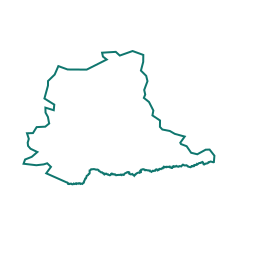 outline of Jeti-Oguz, Ysyk-Köl, Kyrgyzstan, rotated 21°
{"feature_id": "92254566B8733465494202", "entity_name": "Jeti-Oguz", "entity_type": "district", "adm_level": 2, "iso_a3": "KGZ", "parent_name": "Kyrgyzstan", "parent_adm1": "Ysyk-Köl", "projection": "natural_earth1", "projection_center": [78.776, 41.857], "detail": "fine", "context": "isolated", "style": "outline", "palette": "teal", "viewbox_px": 256, "rotation_deg": 21, "n_neighbors": 0, "source": "geoboundaries", "source_scale": "gbopen_adm2", "svg_char_len": 5734}
<svg xmlns="http://www.w3.org/2000/svg" viewBox="0 0 256 256"><g transform="rotate(21 128 128)"><path d="M91.0,200.8L91.1,200.7L91.6,200.9L91.9,201.4L92.2,201.5L92.3,201.7L93.0,201.5L93.1,201.1L93.7,201.1L94.4,200.5L94.9,200.5L95.0,200.4L95.3,200.6L95.6,200.6L95.9,200.5L96.1,200.5L96.6,200.4L96.9,199.8L97.1,199.7L97.2,199.4L97.9,199.6L98.3,199.3L98.4,199.1L98.7,199.0L98.9,198.9L99.1,198.9L99.1,198.4L99.5,198.1L100.2,198.3L100.3,198.4L100.7,197.9L101.2,197.8L101.4,197.5L101.8,197.6L101.9,197.4L102.0,197.3L102.2,197.5L102.4,197.4L102.6,196.9L103.3,196.8L103.8,197.2L104.5,196.6L105.2,196.6L105.4,196.6L105.8,195.7L106.0,195.4L105.9,195.1L106.0,194.8L106.3,194.7L106.3,194.2L106.1,194.0L106.2,192.9L106.1,192.7L106.3,191.9L106.2,191.2L106.2,190.5L106.3,190.3L106.8,190.1L106.8,189.9L106.7,189.7L106.8,189.3L106.7,189.0L106.7,187.8L106.6,187.4L107.5,186.4L107.6,186.1L107.6,185.5L107.9,185.2L107.9,184.9L108.2,184.7L108.4,184.3L108.2,183.3L108.1,183.1L107.7,182.4L107.7,182.0L107.4,181.4L107.9,181.0L108.2,180.6L108.2,180.1L108.3,179.8L109.5,179.2L109.9,179.2L110.9,178.5L111.7,178.5L112.0,178.4L112.8,178.4L113.0,178.2L113.6,178.2L114.5,177.7L115.5,177.8L115.9,178.1L116.0,178.4L117.0,178.7L117.3,178.7L117.6,178.6L118.9,179.1L119.5,178.7L119.9,178.7L120.1,178.9L120.9,179.3L121.1,179.2L121.5,178.9L122.0,179.3L122.2,179.7L122.6,179.9L123.3,179.0L123.6,178.9L123.6,178.6L123.9,178.4L124.5,178.4L125.1,178.7L125.4,178.8L125.6,178.8L126.1,178.5L126.3,178.7L126.7,178.7L127.5,178.6L127.9,178.7L128.2,178.5L128.7,177.8L128.7,177.4L128.6,176.9L129.0,176.4L129.7,176.3L129.9,176.8L130.2,176.8L131.5,176.1L131.8,176.2L132.0,176.4L132.6,176.0L132.8,175.9L133.3,176.1L133.5,176.3L133.8,176.4L134.2,176.1L134.4,176.0L134.9,175.7L135.2,175.6L135.3,175.5L135.5,175.5L135.7,175.3L136.3,175.0L136.5,174.9L137.1,174.8L137.7,174.5L138.3,174.3L138.8,174.3L138.8,174.1L138.6,173.9L138.9,173.8L139.3,173.5L139.6,173.5L139.9,173.4L140.4,173.5L140.7,173.4L141.0,173.1L140.9,172.8L141.0,172.3L141.1,172.1L141.3,171.8L141.4,171.5L141.6,171.3L142.0,170.9L142.2,170.6L142.8,170.2L142.8,169.9L143.1,169.5L143.6,169.4L143.7,169.2L144.0,169.0L144.6,168.9L145.1,169.0L145.1,169.4L145.3,169.7L145.3,170.0L145.6,170.3L146.2,170.2L146.8,170.4L147.0,170.3L147.5,170.2L147.7,169.9L148.4,169.7L148.6,169.4L149.3,169.7L149.6,170.0L150.4,170.1L150.8,170.3L150.8,170.2L151.2,169.8L151.1,169.4L151.1,169.2L151.7,168.8L151.8,168.3L152.0,168.0L151.9,167.9L152.0,167.7L152.3,167.2L153.0,166.6L153.4,166.1L153.7,165.8L154.2,165.7L154.9,165.7L155.0,165.3L155.1,165.2L155.9,164.6L155.8,164.3L155.1,164.2L154.9,163.8L154.7,163.7L154.9,163.0L155.2,162.6L155.5,162.5L155.8,162.0L155.7,161.9L156.3,161.5L156.7,161.1L157.1,161.3L157.7,160.9L158.2,160.9L158.9,161.3L159.1,161.1L159.4,161.1L159.6,161.1L159.8,160.7L160.4,160.7L160.7,160.6L160.8,160.6L161.7,160.5L162.0,160.5L162.3,160.2L163.1,160.2L163.5,159.9L163.8,160.3L164.1,160.5L164.5,160.3L165.6,160.5L165.7,160.1L166.2,159.7L166.3,159.1L166.5,159.0L167.4,159.0L167.8,158.4L168.5,158.3L168.7,158.2L168.8,158.1L168.8,157.6L168.8,157.4L168.7,157.1L169.1,156.5L169.6,156.3L169.8,156.3L170.4,156.5L170.7,156.8L170.8,156.6L171.0,156.5L171.6,156.4L171.8,156.0L171.7,155.9L171.6,155.5L171.8,155.2L172.1,154.8L172.7,154.6L173.5,154.6L173.8,154.0L174.2,153.6L174.8,153.4L174.8,153.2L174.6,153.1L174.5,152.8L174.7,152.5L175.5,152.3L175.5,152.1L175.5,151.8L175.4,151.4L175.6,151.4L176.1,151.6L176.4,151.3L176.5,151.0L177.3,151.0L177.3,150.9L177.6,150.6L177.8,150.6L177.9,150.4L178.1,150.4L178.4,150.5L178.9,150.0L179.6,149.9L180.2,149.4L180.6,149.2L180.8,149.0L181.4,149.4L181.4,149.7L181.5,149.7L182.0,149.7L182.4,149.5L183.1,149.7L183.3,149.6L183.5,149.5L183.4,148.8L183.4,148.5L183.8,148.6L184.2,148.3L184.2,148.1L183.9,147.7L184.1,147.3L184.8,147.3L185.2,147.2L185.4,147.3L185.6,146.9L186.0,146.7L186.4,146.8L186.7,146.2L186.9,146.3L187.5,146.3L187.9,146.1L188.2,146.2L188.4,146.1L188.8,146.2L189.1,146.0L189.2,145.6L189.7,145.4L189.8,145.1L190.0,145.0L190.4,145.0L190.9,144.9L191.0,144.8L191.3,144.8L191.3,144.6L191.6,144.4L191.7,144.1L191.8,143.9L191.8,143.7L192.3,143.1L192.2,142.8L192.4,142.5L193.1,142.5L193.5,142.7L194.0,142.8L194.5,142.5L194.8,142.4L195.7,142.2L195.8,141.9L196.1,141.9L196.6,141.9L197.0,142.1L197.4,142.1L197.6,142.3L197.8,142.5L199.1,142.4L200.4,142.2L200.6,141.6L201.1,141.5L201.5,141.1L201.6,140.8L201.5,140.7L201.4,140.5L201.8,140.3L202.6,140.3L203.2,140.1L203.4,139.8L203.1,139.0L203.1,138.8L203.9,138.4L204.1,138.5L204.8,138.1L205.4,137.8L205.4,137.4L205.1,137.2L205.2,136.9L205.4,137.0L205.7,137.0L205.8,136.8L206.2,136.6L207.0,135.2L207.9,134.8L208.0,134.7L208.4,134.6L208.6,134.0L209.2,133.7L209.3,133.5L209.4,133.2L209.6,133.0L210.6,133.4L210.9,133.8L210.9,134.0L211.3,134.2L211.6,134.8L212.1,134.8L212.3,134.7L212.5,134.1L212.9,133.9L213.2,133.6L213.4,133.5L213.5,133.2L214.3,132.8L214.6,132.7L214.9,132.4L215.1,132.1L215.6,131.5L215.5,131.0L216.0,130.8L216.8,130.0L216.9,129.8L217.2,129.7L218.6,129.5L219.3,129.5L220.2,129.3L220.4,129.1L218.6,122.9L211.9,118.9L208.3,120.4L202.1,127.7L195.8,128.5L189.3,124.0L183.2,124.0L182.1,123.0L184.0,115.7L173.8,116.7L168.1,115.8L160.6,117.1L157.4,115.5L155.2,109.5L146.3,107.5L145.4,102.6L138.3,96.2L132.0,94.2L132.1,90.6L129.5,86.7L129.4,77.3L126.3,72.8L119.5,69.8L118.5,60.8L116.1,54.3L104.7,54.5L94.4,63.3L89.3,61.3L76.8,67.0L79.0,70.3L83.6,71.7L68.5,88.3L50.7,95.0L40.8,95.2L40.4,104.4L36.5,112.8L38.1,117.1L39.4,130.4L50.8,132.6L52.3,138.0L43.6,138.6L45.5,143.2L49.3,146.4L51.8,150.5L52.8,152.0L50.3,156.4L42.4,159.9L41.1,166.8L35.6,169.1L39.3,173.7L39.6,177.6L41.1,180.5L44.4,182.3L52.0,182.9L48.5,189.4L43.2,194.3L43.3,198.8L55.8,195.6L62.3,192.2L65.2,189.9L70.0,191.9L67.9,199.6L91.0,200.8Z" fill="none" stroke="#0f766e" stroke-width="2"/></g></svg>